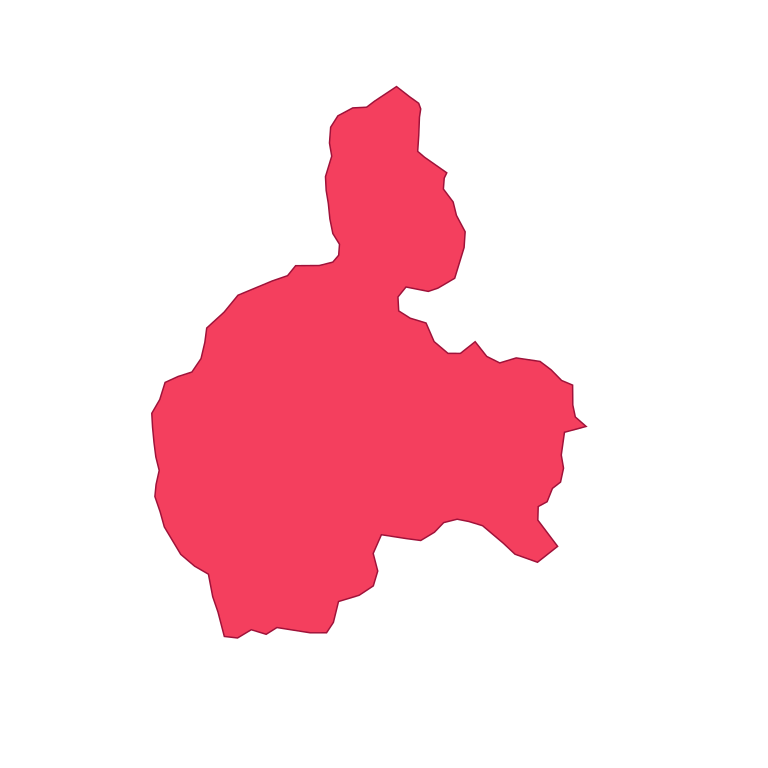 Hapcheon-gun, South Gyeongsang, South Korea (Albers equal-area conic projection), rotated 17°
{"feature_id": "91817680B92973690121395", "entity_name": "Hapcheon-gun", "entity_type": "district", "adm_level": 2, "iso_a3": "KOR", "parent_name": "South Korea", "parent_adm1": "South Gyeongsang", "projection": "albers", "projection_center": [128.156, 35.595], "detail": "fine", "context": "isolated", "style": "filled", "palette": "rose", "viewbox_px": 768, "rotation_deg": 17, "n_neighbors": 0, "source": "geoboundaries", "source_scale": "gbopen_adm2", "svg_char_len": 1561}
<svg xmlns="http://www.w3.org/2000/svg" viewBox="0 0 768 768"><g transform="rotate(17 384 384)"><path d="M382.3,163.7L356.5,155.3L348.2,151.7L344.6,136.3L339.9,118.5L338.7,110.2L335.1,105.4L324.4,101.8L309.0,95.9L292.4,116.1L286.4,124.4L273.4,129.1L261.5,141.0L257.9,154.0L261.4,169.5L267.4,181.4L267.4,202.8L272.1,215.8L278.0,227.7L284.0,242.0L291.1,255.1L300.6,263.4L303.0,274.1L299.4,282.4L287.5,289.6L264.9,296.7L260.1,308.6L247.0,318.1L218.4,341.8L210.1,362.0L198.1,382.3L200.5,396.6L201.6,413.2L196.8,428.7L184.9,437.0L174.2,446.5L174.1,464.4L170.5,479.9L173.2,487.3L175.3,493.0L181.2,507.3L187.1,520.4L194.3,532.4L195.4,546.7L197.8,558.6L207.3,571.7L215.7,584.9L239.5,606.4L256.2,613.6L271.7,617.2L282.4,637.5L291.9,650.6L305.1,672.1L318.2,669.7L328.9,657.8L344.5,657.8L352.8,648.2L386.2,643.5L401.8,638.7L405.3,626.8L404.1,605.3L422.0,593.3L432.8,580.2L432.7,564.7L423.2,549.2L425.6,528.9L450.6,525.3L464.9,522.9L475.6,511.0L481.6,499.1L493.5,491.9L505.4,490.7L519.7,490.7L544.7,501.4L559.1,508.5L582.9,509.6L597.5,488.5L588.8,482.2L570.9,469.2L567.3,456.1L574.4,448.9L575.6,434.6L581.5,426.2L580.3,412.0L574.3,400.1L570.7,377.4L589.7,365.5L576.6,359.6L570.7,348.9L564.7,329.9L552.8,328.7L539.7,321.6L526.6,316.8L502.8,320.4L488.5,330.0L474.2,327.6L458.8,316.9L448.1,332.4L436.2,336.0L419.5,328.8L406.4,313.4L389.8,313.4L376.7,309.8L371.9,296.7L376.7,284.8L399.3,282.5L407.6,276.5L420.7,262.2L420.7,249.2L420.7,230.1L417.1,214.7L404.0,201.6L396.9,189.7L383.8,180.2L381.4,169.5L382.3,163.7Z" fill="#f43f5e" stroke="#9f1239" stroke-width="1.5"/></g></svg>